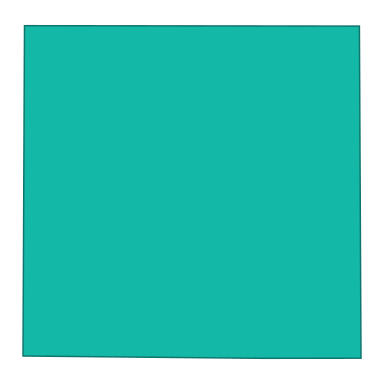 Stonewall, Texas, United States of America
{"feature_id": "52423323B46618187662485", "entity_name": "Stonewall", "entity_type": "district", "adm_level": 2, "iso_a3": "USA", "parent_name": "United States of America", "parent_adm1": "Texas", "projection": "robinson", "projection_center": [-100.217, 33.179], "detail": "fine", "context": "isolated", "style": "filled", "palette": "teal", "viewbox_px": 384, "rotation_deg": 0, "n_neighbors": 0, "source": "geoboundaries", "source_scale": "gbopen_adm2", "svg_char_len": 200}
<svg xmlns="http://www.w3.org/2000/svg" viewBox="0 0 384 384"><path d="M262.0,358.3L361.0,358.2L359.4,26.1L24.5,25.7L23.0,356.0L262.0,358.3Z" fill="#14b8a6" stroke="#0f766e" stroke-width="1.5"/></svg>